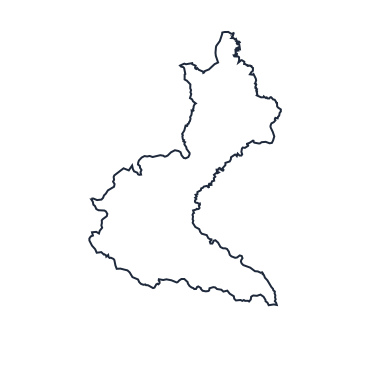 outline of San Jacinto Del Cauca, Bolívar, Colombia, rotated 338°
{"feature_id": "7082276B25893403851567", "entity_name": "San Jacinto Del Cauca", "entity_type": "district", "adm_level": 2, "iso_a3": "COL", "parent_name": "Colombia", "parent_adm1": "Bolívar", "projection": "albers", "projection_center": [-74.643, 8.23], "detail": "fine", "context": "isolated", "style": "outline", "palette": "slate", "viewbox_px": 384, "rotation_deg": 338, "n_neighbors": 0, "source": "geoboundaries", "source_scale": "gbopen_adm2", "svg_char_len": 6025}
<svg xmlns="http://www.w3.org/2000/svg" viewBox="0 0 384 384"><g transform="rotate(338 192 192)"><path d="M279.8,55.5L279.0,57.0L274.3,62.5L269.3,65.6L268.4,66.8L265.9,71.8L265.1,74.7L264.7,81.7L260.9,81.9L253.6,84.7L249.0,84.7L248.1,85.7L247.1,85.8L247.4,84.6L244.1,81.3L243.2,79.0L242.1,79.6L241.4,78.8L241.4,77.9L242.7,76.3L240.1,73.6L240.4,72.6L234.3,71.3L232.9,70.1L228.3,70.3L228.8,71.6L230.8,73.1L231.1,74.3L230.0,80.1L229.2,80.3L227.3,84.9L229.0,87.0L230.8,91.6L229.2,95.2L229.3,97.2L227.9,99.0L228.0,100.9L225.3,104.2L226.8,106.2L226.9,108.3L228.7,111.3L227.4,111.5L225.6,113.2L224.9,114.7L224.0,115.5L223.9,117.0L223.2,117.1L222.2,116.3L221.6,118.2L220.3,120.4L218.3,121.9L218.1,123.5L216.4,125.7L215.9,125.8L214.4,127.4L213.5,127.3L212.4,128.8L211.7,128.2L211.3,128.6L210.8,128.2L207.9,132.1L204.6,134.5L204.8,135.9L204.0,136.6L203.3,139.4L203.3,140.2L204.0,140.9L203.0,141.8L204.2,143.2L203.5,143.6L202.8,145.0L203.5,148.3L203.1,149.9L204.4,155.0L203.7,156.4L201.7,158.2L198.7,158.4L197.1,157.3L196.1,154.1L196.3,150.8L194.8,148.9L191.8,146.9L187.4,147.3L183.1,149.1L180.9,149.2L179.8,148.9L179.0,147.6L176.4,146.0L168.6,144.8L166.2,142.7L163.8,142.3L161.4,140.9L158.2,141.2L154.6,142.9L153.1,144.6L152.2,146.3L153.4,148.2L152.9,150.1L153.4,152.7L151.7,154.3L151.3,156.8L149.5,156.3L148.6,155.4L148.5,153.6L146.0,151.1L145.8,148.4L146.4,145.0L141.5,148.3L137.4,144.4L126.2,147.5L125.0,148.7L124.3,151.5L122.7,152.8L123.2,155.6L121.7,157.9L114.6,159.0L111.4,161.3L109.1,162.2L107.4,164.1L105.2,165.1L100.9,163.9L98.1,161.1L97.0,160.7L96.4,161.7L95.9,161.4L96.4,163.9L95.8,166.8L96.8,168.7L96.9,172.0L98.5,173.9L103.9,176.4L104.9,177.8L105.3,180.6L103.9,182.5L98.9,183.8L97.7,184.5L96.8,187.1L95.5,188.9L95.3,191.5L91.9,193.4L90.2,195.6L88.3,193.1L84.2,191.9L83.8,195.3L81.8,195.2L80.5,195.9L79.4,196.7L78.7,198.6L79.2,204.3L80.8,208.8L80.9,212.6L85.4,213.8L86.8,216.9L87.4,216.9L88.6,218.7L88.4,219.7L89.6,219.2L89.9,219.9L90.6,219.4L90.3,221.1L90.9,222.3L92.1,222.5L94.1,224.6L94.5,226.1L93.5,231.4L93.4,235.0L96.9,236.2L102.8,240.5L104.1,243.2L104.9,248.6L109.2,252.9L109.3,255.8L110.3,258.1L112.2,259.8L114.2,260.3L114.4,261.1L116.3,262.0L119.9,266.5L121.4,266.6L124.2,264.3L125.5,264.1L126.2,265.0L127.6,264.5L128.3,263.3L128.0,261.5L128.6,260.5L132.3,262.8L135.6,263.4L139.9,266.2L143.9,270.1L144.9,270.2L147.1,269.2L149.6,268.7L152.3,269.8L154.2,273.9L153.9,275.3L154.5,278.2L155.8,280.3L157.3,281.7L157.7,282.8L159.5,283.4L161.1,282.0L162.4,281.9L164.2,284.3L164.0,285.2L164.8,287.5L167.6,289.3L169.9,289.9L171.0,289.7L172.2,287.8L176.1,288.2L177.8,289.2L178.8,291.3L182.6,293.6L183.8,296.1L187.8,296.7L188.9,300.5L191.7,304.3L191.2,306.8L192.1,309.0L196.5,310.3L197.9,311.8L199.6,311.6L200.4,312.8L203.1,313.8L203.9,314.9L206.2,313.7L207.6,311.3L209.0,311.0L210.0,310.9L213.4,312.6L217.1,312.8L219.1,315.9L219.7,319.5L219.3,320.9L220.5,322.8L220.7,325.7L225.8,326.9L228.3,328.5L228.5,326.1L227.9,324.2L229.4,322.8L229.5,320.9L230.6,319.0L230.6,317.0L231.5,315.3L230.6,313.7L230.8,312.1L230.0,309.9L228.8,302.1L227.5,298.7L227.6,296.1L226.8,294.6L227.3,294.2L226.9,292.7L225.5,292.7L223.3,290.3L220.7,289.0L217.7,284.0L212.2,279.0L211.3,276.9L211.3,274.8L212.1,273.6L214.0,272.3L214.1,270.0L212.5,268.7L209.3,269.6L207.4,269.2L204.4,266.4L203.5,264.4L203.8,261.1L203.1,257.9L201.6,256.6L199.6,255.8L197.8,253.7L197.2,248.7L195.6,245.5L194.0,245.3L191.6,247.4L189.8,246.7L189.9,244.8L192.1,243.8L192.3,243.2L190.8,242.3L189.8,240.8L189.5,237.5L185.4,234.3L184.7,232.0L184.8,229.1L182.0,225.7L181.1,220.8L182.5,219.0L182.3,217.7L183.8,215.0L183.9,213.4L185.4,212.0L186.0,212.1L186.1,209.5L188.9,209.8L190.1,209.4L190.7,210.0L191.9,210.2L193.0,209.6L193.2,207.4L194.6,206.8L194.9,205.6L193.9,205.6L193.1,204.2L191.8,203.5L191.2,202.8L191.2,201.8L191.7,200.9L193.4,200.1L192.8,198.5L194.6,198.0L194.3,195.9L196.1,196.2L197.0,194.1L200.8,193.7L201.9,192.1L203.5,192.2L205.0,191.4L207.9,191.9L209.0,193.8L209.5,193.8L210.0,191.9L211.0,190.8L211.7,191.0L211.8,192.4L212.7,192.7L213.1,191.2L214.5,189.6L216.8,189.8L217.4,187.3L219.3,186.6L218.8,184.3L221.2,183.5L222.7,184.1L224.2,183.9L222.8,182.2L223.2,180.5L224.9,181.2L225.6,180.2L226.7,180.1L227.3,182.3L228.3,183.6L229.0,183.8L229.5,183.2L229.0,181.5L233.0,179.6L233.9,177.5L238.4,177.8L240.2,176.3L241.2,174.4L245.8,173.4L246.4,173.7L247.0,175.5L248.7,173.5L249.7,176.0L251.5,176.7L252.7,175.8L252.8,173.3L254.6,170.4L255.7,169.8L257.6,170.9L261.3,170.2L261.6,169.8L260.9,168.4L261.1,167.9L263.7,168.0L267.8,167.2L268.2,167.5L267.8,168.4L268.3,169.6L272.2,172.1L273.2,172.4L275.2,171.9L279.1,173.1L282.2,175.9L284.4,176.4L286.4,174.7L289.1,171.3L289.4,166.7L289.1,161.8L289.4,160.3L290.4,159.1L291.4,158.1L293.9,157.9L296.2,156.8L296.1,155.4L297.1,154.5L299.0,155.8L299.9,154.5L301.4,153.9L302.9,151.5L304.5,150.6L305.3,148.7L303.5,146.1L303.0,144.6L304.2,141.2L303.5,140.6L303.7,139.7L303.2,137.4L301.9,136.6L300.9,133.8L300.2,133.5L298.7,134.2L297.0,133.5L296.7,132.3L295.7,132.5L294.5,130.5L294.2,131.1L291.5,130.1L288.2,126.6L289.2,125.9L289.2,124.6L289.8,123.6L289.5,123.2L290.0,122.8L289.6,122.1L290.6,121.2L290.2,120.9L290.5,120.3L289.9,119.6L290.4,119.1L290.0,118.4L291.5,116.8L291.2,115.5L291.8,115.7L291.7,114.4L293.3,112.5L293.6,110.7L293.2,105.6L292.0,105.9L289.8,104.6L291.9,103.1L293.9,102.4L295.0,99.8L294.3,98.8L294.3,97.5L293.5,97.3L293.1,96.4L291.0,96.1L290.6,95.5L290.9,95.1L289.9,94.4L289.4,93.4L288.3,92.9L289.3,90.8L287.5,88.4L285.8,88.2L285.7,88.7L283.6,89.3L285.0,87.6L286.1,84.7L285.7,83.8L283.3,82.7L284.6,82.1L285.5,80.7L285.2,80.2L283.9,81.8L283.0,82.0L281.9,81.5L281.9,80.9L283.3,81.4L284.6,79.5L285.5,76.6L286.1,76.9L286.4,77.9L287.5,78.1L286.6,76.2L286.8,75.4L288.9,75.3L289.0,77.2L289.9,77.7L291.0,73.2L290.9,72.5L289.4,72.0L289.2,70.7L289.6,70.3L289.8,70.7L291.0,70.5L290.8,71.0L292.3,71.1L292.2,70.5L289.7,68.7L290.1,68.5L290.1,66.5L289.0,66.7L288.2,64.9L286.4,64.1L287.6,63.6L287.5,63.0L287.8,63.2L290.6,59.8L288.7,60.6L287.5,59.8L285.6,57.2L281.9,55.8L279.8,55.5Z" fill="none" stroke="#1e293b" stroke-width="2"/></g></svg>